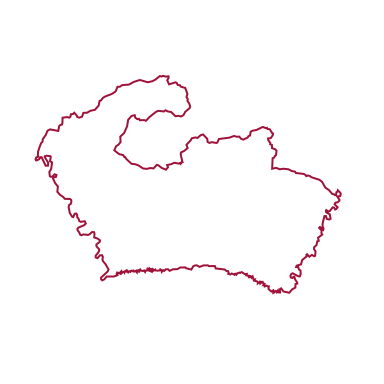 Makhoalipana, Maseru, Lesotho (Natural Earth projection), rotated 166°
{"feature_id": "5366337B32036214751587", "entity_name": "Makhoalipana", "entity_type": "district", "adm_level": 2, "iso_a3": "LSO", "parent_name": "Lesotho", "parent_adm1": "Maseru", "projection": "natural_earth1", "projection_center": [28.011, -29.76], "detail": "fine", "context": "isolated", "style": "outline", "palette": "rose", "viewbox_px": 384, "rotation_deg": 166, "n_neighbors": 0, "source": "geoboundaries", "source_scale": "gbopen_adm2", "svg_char_len": 6025}
<svg xmlns="http://www.w3.org/2000/svg" viewBox="0 0 384 384"><g transform="rotate(166 192 192)"><path d="M179.2,244.2L180.7,242.5L186.0,239.1L185.6,235.7L189.5,233.8L193.2,233.0L193.9,230.8L194.0,223.4L194.9,223.6L195.4,222.6L196.1,222.8L196.4,222.2L196.9,223.0L198.1,222.8L202.1,224.7L205.7,224.0L209.6,224.2L209.3,221.8L211.9,220.0L215.6,222.7L218.2,226.1L219.6,226.8L223.7,224.2L226.4,225.3L230.3,225.4L233.8,226.7L237.5,230.7L240.2,232.6L243.9,234.0L247.7,239.9L248.5,242.1L249.2,242.3L249.8,244.4L253.7,246.5L257.3,251.3L254.5,254.8L251.9,255.7L249.2,257.8L248.2,263.1L243.6,265.6L239.0,271.6L236.5,277.5L232.3,280.4L229.0,280.4L229.1,278.0L227.6,276.0L225.7,275.8L225.3,274.3L220.9,273.3L219.5,272.2L215.0,275.1L207.5,278.5L205.1,278.9L199.7,276.9L197.9,277.7L195.8,275.9L192.9,274.7L189.7,269.5L186.4,269.1L184.4,267.9L181.5,268.8L179.1,271.5L174.1,273.9L173.1,275.3L173.3,278.5L174.4,281.7L173.6,283.2L174.4,285.4L172.7,288.3L173.4,294.6L177.5,297.0L177.7,298.4L180.0,299.4L180.5,301.7L181.5,302.4L188.2,302.0L189.0,306.4L187.0,308.6L186.9,310.0L189.3,310.2L192.0,311.7L193.9,311.5L195.1,312.3L200.6,309.8L203.7,309.1L208.4,309.2L215.5,313.3L221.8,312.9L227.2,311.5L233.9,312.6L236.5,311.6L238.8,312.1L241.6,308.3L242.7,307.7L246.2,306.5L253.1,305.7L255.7,304.9L258.2,302.8L259.6,302.8L261.7,298.4L266.4,295.2L271.0,295.4L274.7,294.3L277.8,295.0L278.4,294.9L280.4,291.7L283.4,291.4L285.2,292.6L285.4,294.3L287.1,297.4L288.5,296.5L290.7,296.7L291.9,294.3L293.0,293.8L295.0,294.9L299.6,295.4L301.2,289.8L301.8,288.9L303.5,288.9L305.0,288.0L307.0,283.6L314.6,287.1L317.4,286.4L320.2,282.6L324.0,279.4L324.8,277.0L326.7,275.8L329.0,272.5L331.6,268.4L332.7,265.0L332.4,263.5L334.8,263.2L335.9,261.5L335.8,260.6L334.9,260.2L332.2,260.9L330.5,262.4L329.5,262.2L327.7,253.0L325.4,252.4L324.4,255.2L326.5,261.7L326.2,262.3L324.3,262.4L320.8,261.0L320.5,260.3L322.3,256.3L320.6,254.5L323.1,248.4L325.6,245.9L326.1,241.8L325.4,240.9L323.5,240.8L321.1,242.4L319.4,241.4L320.3,239.6L322.8,239.6L323.6,238.8L322.6,233.6L320.8,229.8L322.6,224.8L320.8,221.3L317.9,218.0L317.2,216.2L312.0,214.7L311.2,213.6L311.3,212.0L312.4,209.9L314.4,209.1L315.3,207.4L315.7,201.3L314.3,197.0L313.3,196.4L311.1,199.2L309.5,199.1L309.0,197.7L309.4,195.2L308.5,193.3L308.4,191.1L307.3,190.0L303.2,189.6L302.7,187.1L304.6,185.9L310.9,184.9L312.1,184.0L312.2,182.3L311.2,180.2L310.9,177.7L309.9,176.8L307.6,177.1L303.1,175.5L301.4,175.8L298.9,177.3L296.8,176.8L296.6,175.4L297.9,171.6L295.2,169.9L293.0,167.4L293.5,166.0L297.5,164.2L297.8,162.2L296.0,159.1L296.0,158.0L297.5,156.0L300.8,153.6L301.3,151.8L299.7,150.7L296.6,152.8L294.5,152.4L294.2,150.5L295.2,148.3L295.1,146.4L293.4,143.0L291.7,137.1L293.0,135.3L300.9,131.0L301.3,129.3L300.5,128.0L298.4,128.4L295.2,130.6L288.2,128.9L284.5,129.3L284.9,130.8L284.1,132.0L283.7,131.7L283.9,130.6L282.9,131.3L281.5,130.2L281.3,131.3L279.7,132.3L279.7,130.3L277.9,131.2L277.3,131.1L277.0,130.1L276.2,131.3L274.2,131.9L274.0,131.4L275.6,130.5L274.0,130.6L273.4,129.4L272.1,130.3L271.1,129.4L270.5,130.2L269.4,130.3L269.0,129.6L267.7,129.9L267.4,128.7L265.8,129.0L265.0,127.4L264.4,129.2L262.5,129.0L263.1,127.7L262.7,127.4L261.0,129.3L260.4,128.0L258.8,127.2L257.5,127.5L256.9,125.8L256.1,126.9L254.6,126.7L253.7,128.4L253.0,127.6L253.0,126.3L251.9,125.5L252.4,126.6L251.7,128.2L250.8,126.9L249.1,127.1L248.7,126.6L249.9,125.3L249.4,124.6L246.5,125.6L246.5,124.8L244.5,124.0L242.2,123.7L241.5,124.6L240.4,123.5L240.6,121.9L238.9,123.1L238.0,122.1L236.2,123.3L233.9,122.8L232.8,120.9L229.2,121.6L224.9,120.7L221.7,121.6L216.6,120.4L216.1,119.4L211.4,116.9L208.8,119.6L207.3,120.0L205.1,119.7L202.8,117.5L198.6,118.0L194.4,117.0L193.6,116.0L187.7,114.6L187.5,112.1L179.1,108.9L177.4,106.8L176.1,106.5L176.0,104.4L176.6,103.8L174.8,102.7L173.1,103.3L170.9,101.5L170.5,102.1L169.8,101.6L169.2,102.0L168.9,101.1L167.4,102.1L165.4,102.3L164.9,101.8L163.2,102.3L160.6,99.5L158.7,99.3L159.5,98.0L156.5,96.7L157.5,96.1L157.2,95.3L155.3,95.8L154.9,94.4L153.6,95.4L153.4,92.1L152.2,92.0L153.1,90.9L150.6,89.6L149.9,88.3L150.2,87.5L148.1,88.5L148.0,86.6L146.3,87.5L146.7,88.1L145.2,87.8L144.9,86.0L144.0,85.5L145.3,84.3L144.1,84.0L144.3,82.8L142.1,83.1L141.2,81.9L140.3,81.8L141.2,79.3L139.1,76.2L137.1,76.9L137.6,74.4L136.5,74.6L135.5,75.8L134.7,75.8L134.1,74.3L132.5,75.7L132.6,73.7L130.8,73.2L130.5,75.6L129.8,76.8L128.8,76.9L127.4,73.4L122.0,70.7L118.4,73.3L114.8,74.3L113.9,77.6L112.0,77.7L111.8,78.7L113.1,82.2L113.2,85.0L114.0,85.2L115.3,84.2L116.8,85.1L116.8,86.7L115.7,88.3L114.0,88.8L109.1,84.4L107.7,84.1L106.5,85.9L105.7,89.4L107.0,91.0L107.1,93.6L109.1,94.0L108.3,95.2L103.7,95.4L101.6,99.3L96.4,101.8L96.2,103.4L95.4,103.8L93.8,100.8L90.9,102.0L89.0,100.1L88.0,100.3L86.5,104.4L87.4,107.0L86.9,108.8L84.0,110.4L82.4,113.8L80.8,114.0L80.8,117.1L75.9,119.2L76.4,121.0L75.5,123.2L77.3,126.4L76.4,127.1L75.9,126.8L73.8,123.6L73.3,124.4L73.5,127.6L72.9,129.8L69.3,136.6L67.9,136.3L67.7,133.3L65.5,132.1L64.0,132.5L63.7,137.0L66.7,139.8L66.6,141.4L66.1,142.0L64.5,140.2L62.9,140.2L59.2,143.1L57.9,142.5L57.4,140.4L56.1,140.6L54.4,142.0L56.6,145.6L55.5,146.9L53.2,146.8L51.0,148.0L50.8,148.8L52.2,152.6L49.2,152.1L48.1,154.2L48.3,155.4L50.1,158.4L50.9,157.1L52.0,156.8L52.8,154.5L54.1,154.4L54.6,155.3L56.4,156.2L58.7,160.8L61.6,164.0L63.3,170.3L65.5,173.1L72.5,177.4L73.9,179.1L75.4,179.9L77.3,179.8L77.5,180.8L79.2,182.5L86.6,185.3L87.2,186.9L90.1,188.2L92.9,190.7L97.8,192.5L101.3,192.8L104.6,195.1L108.6,195.2L105.6,205.3L103.9,205.5L103.0,206.8L101.6,207.4L100.0,211.6L100.9,213.3L103.7,215.2L103.1,218.4L104.6,219.4L104.2,220.6L105.5,224.1L105.2,225.6L102.7,225.2L99.9,227.5L99.2,229.1L99.9,229.4L101.3,234.0L103.4,234.8L103.8,236.1L104.5,235.9L107.6,238.0L114.4,236.6L118.8,236.8L120.5,236.3L122.0,232.8L123.8,232.5L124.8,231.4L129.5,230.4L131.4,231.7L132.9,234.4L135.3,234.8L137.6,236.2L142.4,235.7L153.1,236.9L155.5,233.8L156.5,233.7L160.9,235.6L163.2,235.4L164.8,236.8L164.3,239.9L167.4,245.2L169.9,245.0L173.6,243.1L175.4,244.1L179.2,244.2Z" fill="none" stroke="#9f1239" stroke-width="2"/></g></svg>